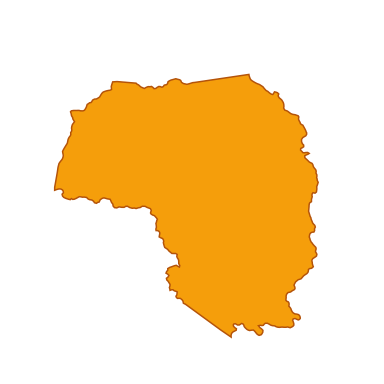 Boa Vista do Tupim, Bahia, Brazil, rotated 286°
{"feature_id": "56859067B5310344538767", "entity_name": "Boa Vista do Tupim", "entity_type": "district", "adm_level": 2, "iso_a3": "BRA", "parent_name": "Brazil", "parent_adm1": "Bahia", "projection": "natural_earth1", "projection_center": [-40.706, -12.743], "detail": "fine", "context": "isolated", "style": "filled", "palette": "amber", "viewbox_px": 384, "rotation_deg": 286, "n_neighbors": 0, "source": "geoboundaries", "source_scale": "gbopen_adm2", "svg_char_len": 5990}
<svg xmlns="http://www.w3.org/2000/svg" viewBox="0 0 384 384"><g transform="rotate(286 192 192)"><path d="M320.7,214.3L298.2,164.7L297.3,162.5L295.0,159.0L294.1,157.4L293.9,153.9L294.5,151.7L296.1,150.4L296.5,149.2L296.4,147.0L296.4,145.2L294.8,142.6L293.8,140.9L292.5,139.5L291.5,138.6L289.5,138.6L288.2,138.0L287.1,135.9L285.4,135.3L284.4,134.2L284.6,132.5L284.3,131.0L283.0,129.7L281.6,128.7L280.9,127.1L281.8,125.5L282.3,124.0L281.6,122.5L281.2,120.8L280.0,119.2L278.4,117.6L278.7,115.1L278.9,113.8L280.2,111.1L280.5,109.5L281.2,108.2L277.5,89.6L276.0,85.4L273.4,85.3L271.2,85.3L268.4,86.4L267.3,85.3L266.5,83.5L265.5,81.7L264.4,80.1L263.5,79.0L262.3,78.3L260.9,77.8L257.8,77.0L256.3,75.7L255.1,74.5L254.4,72.6L252.9,71.1L251.3,70.8L250.2,70.3L249.5,68.9L248.5,68.2L247.3,67.1L244.2,67.0L242.2,66.5L240.9,66.1L239.9,64.7L239.3,62.5L239.3,60.9L238.4,58.1L237.8,55.9L236.8,53.7L235.6,53.1L234.1,54.2L232.1,55.2L230.7,56.7L229.3,57.4L227.2,59.7L226.1,59.3L224.9,58.8L223.5,58.4L221.7,58.4L220.2,58.6L218.6,59.3L217.3,59.5L215.7,59.0L213.6,59.7L212.4,59.5L211.0,58.9L209.9,58.6L208.5,58.4L204.5,58.7L201.7,57.9L199.2,57.2L196.6,56.6L195.3,56.4L194.2,56.9L192.7,57.7L191.3,58.3L189.6,58.4L187.7,58.2L184.6,56.9L182.7,56.3L178.9,56.4L173.8,57.1L158.7,58.7L155.8,59.5L157.2,61.4L158.3,63.3L158.7,65.1L158.3,66.9L157.4,67.9L155.8,68.6L154.1,67.7L152.4,68.7L151.5,70.2L151.1,72.4L151.0,75.1L151.1,77.1L152.4,77.8L152.0,79.3L152.6,80.8L153.9,82.4L155.2,83.7L156.4,84.9L156.7,86.4L156.8,88.0L157.4,89.8L157.7,92.2L156.7,93.9L156.4,95.6L156.7,97.9L156.0,99.9L154.8,101.2L154.8,103.3L156.1,104.3L156.7,105.5L157.9,105.7L159.3,105.9L161.2,107.5L162.1,109.0L162.1,111.1L162.1,112.7L162.3,114.1L162.4,115.4L159.7,117.6L158.5,119.3L156.8,120.0L155.6,121.8L156.0,124.1L157.6,126.0L157.9,128.6L158.6,131.0L160.0,132.3L160.5,134.0L159.9,136.3L159.9,139.0L160.7,141.0L160.7,142.8L162.1,144.9L162.8,146.5L164.6,148.1L165.3,150.9L164.8,153.1L164.7,154.7L164.5,156.6L163.1,157.9L161.9,157.9L160.4,157.9L159.5,158.8L159.0,160.6L158.9,162.4L157.4,164.8L156.3,166.2L154.9,166.0L153.3,166.1L151.8,166.0L150.4,166.7L148.3,167.5L146.4,167.5L145.0,168.1L145.4,169.7L145.1,171.1L144.3,172.0L143.1,172.5L141.7,172.6L139.8,172.8L139.4,174.4L139.1,176.6L138.1,177.7L136.8,178.4L135.5,178.4L134.0,179.2L132.4,180.2L131.2,181.1L130.2,184.3L128.8,186.3L127.4,189.6L127.9,191.6L128.4,193.2L127.9,195.0L126.0,195.1L124.8,195.9L123.9,197.0L122.6,198.0L120.9,198.6L119.5,199.0L118.0,200.5L116.4,200.6L116.7,198.8L117.2,197.1L116.4,195.6L115.7,194.6L114.5,193.0L113.5,191.5L111.7,189.8L110.2,190.3L108.5,189.5L106.8,189.4L106.4,191.1L105.5,192.8L103.7,192.4L102.0,191.2L100.5,192.0L99.7,193.5L98.8,194.5L97.2,196.3L95.6,196.7L93.9,196.6L92.7,197.4L91.4,198.0L92.3,199.2L92.8,200.6L92.1,202.3L92.1,203.9L91.9,205.3L90.3,205.6L88.8,205.8L87.4,205.3L86.4,206.0L85.7,207.3L86.2,208.7L86.5,210.2L85.5,212.4L84.5,213.5L82.7,214.4L82.3,216.7L67.3,257.6L63.3,269.6L64.8,269.1L66.8,269.0L68.3,269.6L69.3,270.5L71.3,272.6L72.8,272.4L73.3,270.8L74.3,269.0L75.6,268.3L76.8,268.7L77.3,270.1L76.7,272.4L77.2,274.1L78.3,275.1L79.3,275.9L79.3,277.2L78.3,278.5L77.0,279.3L76.0,280.8L75.1,282.6L74.8,283.8L74.7,285.5L75.7,287.6L76.2,289.2L75.3,290.9L73.7,293.1L73.1,294.2L72.7,296.0L73.8,297.8L74.9,298.3L76.7,298.7L78.6,298.3L79.6,296.6L80.3,294.7L81.8,292.7L82.7,294.4L82.9,296.1L83.5,297.3L84.6,297.7L86.0,298.6L86.6,300.6L86.3,302.3L85.7,304.6L85.7,306.2L86.1,308.4L85.7,310.0L85.7,311.8L86.0,313.4L86.7,315.0L87.1,316.3L87.4,318.0L87.8,319.4L88.6,321.1L88.6,323.8L90.0,325.4L91.0,326.2L92.1,326.6L93.8,326.0L96.5,324.1L97.9,324.3L98.8,325.9L98.5,327.9L98.3,329.4L99.1,330.4L100.3,330.9L101.5,330.5L102.7,329.6L103.5,328.3L103.5,326.5L103.2,324.4L103.7,322.6L104.5,321.3L105.8,320.1L107.2,319.1L108.1,318.0L108.9,316.6L110.4,316.4L111.9,315.9L112.9,314.9L113.1,313.4L113.8,312.1L115.3,311.8L116.5,311.6L118.0,311.1L119.8,311.1L121.8,312.0L123.1,314.4L124.1,315.1L125.0,315.9L126.5,317.4L127.6,317.6L128.9,317.1L130.6,315.7L132.0,315.9L134.2,316.4L137.0,318.3L137.8,319.6L138.7,320.8L142.2,322.4L143.5,323.4L145.2,324.9L146.7,325.6L148.3,325.6L149.6,325.3L150.8,326.1L151.4,327.6L152.3,328.5L153.6,329.2L155.0,328.2L156.3,327.4L157.7,326.9L158.8,326.2L159.9,326.1L161.3,326.5L163.5,328.4L164.7,329.3L166.6,329.2L167.6,328.3L168.4,327.3L169.6,327.0L171.5,327.0L172.9,326.3L174.1,324.2L175.2,322.5L176.0,321.6L176.8,320.3L178.4,318.9L179.8,318.1L181.1,317.1L183.7,316.8L185.3,317.3L186.5,318.6L187.1,320.2L188.7,320.5L190.4,319.9L192.3,320.2L193.8,319.2L194.5,317.9L195.5,316.5L197.0,315.4L198.7,314.0L200.0,313.4L201.1,312.3L205.6,309.4L206.7,309.2L208.8,308.8L210.3,308.5L211.4,308.2L212.9,308.0L214.2,308.2L215.6,309.5L217.1,309.1L218.3,308.8L219.5,308.9L220.8,308.8L221.9,308.2L223.2,308.0L224.7,308.5L224.8,310.6L226.3,311.6L228.6,311.3L230.2,310.9L231.4,310.4L233.9,310.6L236.1,310.6L237.8,309.1L239.0,308.7L240.0,307.9L241.6,307.7L242.9,307.3L244.3,306.0L246.3,305.6L247.6,304.7L248.5,303.3L249.5,302.0L250.6,301.2L251.6,300.6L252.6,299.5L253.1,296.6L254.6,293.9L255.3,292.5L256.1,291.0L258.0,290.4L259.2,291.7L260.3,293.1L261.4,294.0L261.9,292.3L261.2,290.2L260.6,289.1L260.4,287.8L261.3,286.4L262.2,284.8L263.8,284.5L265.0,285.9L266.3,286.9L267.9,286.4L268.8,284.8L270.5,283.5L272.7,282.8L274.8,283.5L275.8,284.4L277.4,285.9L279.0,286.3L280.5,285.9L281.3,285.1L282.5,284.3L283.8,283.1L286.8,280.1L287.0,278.8L287.6,277.4L288.7,276.7L289.8,275.6L290.9,274.6L292.2,274.1L293.6,274.0L294.5,273.1L294.6,271.8L294.7,269.8L294.4,267.4L294.6,265.3L296.1,261.4L296.3,258.6L297.9,257.0L299.4,256.8L301.2,256.2L302.7,255.4L304.0,254.2L305.1,253.0L305.8,251.7L306.5,250.0L307.6,248.7L308.8,248.2L310.1,248.4L311.0,246.8L311.1,245.2L311.0,243.7L309.3,243.3L308.0,242.8L307.9,241.5L308.3,240.0L308.9,238.5L309.6,237.1L310.0,235.2L311.0,233.6L311.8,232.4L312.7,231.2L313.9,227.3L314.2,224.2L314.5,222.7L314.9,221.1L315.3,219.6L316.0,217.8L316.9,216.7L318.3,215.7L319.6,214.8L320.7,214.3Z" fill="#f59e0b" stroke="#b45309" stroke-width="1.5"/></g></svg>